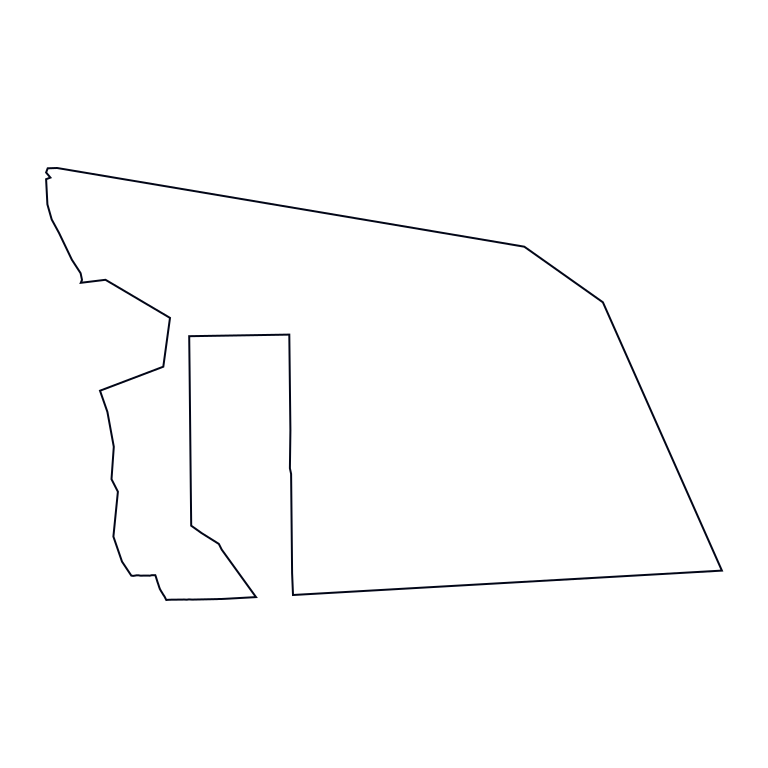 Zemam Out, Ash Sharqiyah, Egypt
{"feature_id": "37247803B42023857067519", "entity_name": "Zemam Out", "entity_type": "district", "adm_level": 2, "iso_a3": "EGY", "parent_name": "Egypt", "parent_adm1": "Ash Sharqiyah", "projection": "equal_earth", "projection_center": [31.428, 30.239], "detail": "fine", "context": "isolated", "style": "outline", "palette": "ink", "viewbox_px": 768, "rotation_deg": 0, "n_neighbors": 0, "source": "geoboundaries", "source_scale": "gbopen_adm2", "svg_char_len": 1327}
<svg xmlns="http://www.w3.org/2000/svg" viewBox="0 0 768 768"><path d="M293.0,595.0L721.9,570.6L602.9,302.3L524.3,246.7L436.1,231.8L57.1,168.0L47.7,168.3L46.1,172.5L50.4,177.6L46.1,179.2L47.4,204.4L51.7,219.5L59.0,232.9L71.9,259.8L80.6,273.2L82.0,279.9L80.8,282.8L105.5,279.8L170.0,317.9L163.3,366.7L100.0,390.7L107.4,411.9L113.8,446.8L111.5,479.2L117.9,491.7L113.4,536.6L122.0,561.6L131.1,575.3L131.3,575.6L133.1,575.9L134.5,575.7L136.2,575.4L136.5,575.3L138.7,575.3L139.0,575.4L139.9,575.6L141.1,575.7L143.4,575.6L146.5,575.6L148.5,575.6L149.7,575.7L151.8,575.2L153.8,575.2L154.5,575.2L155.3,575.2L155.9,576.8L156.2,577.8L157.3,581.4L157.8,582.9L158.3,584.3L158.8,585.9L159.4,587.7L159.7,588.4L159.8,588.9L160.1,589.3L160.4,589.9L160.9,590.8L161.7,592.1L162.4,593.2L163.2,594.6L164.0,595.7L165.0,597.4L165.5,598.5L166.3,600.0L167.2,599.9L168.1,599.8L168.3,599.8L171.1,599.7L172.7,599.7L173.9,599.7L175.8,599.7L178.0,599.6L180.1,599.6L182.4,599.6L183.8,599.5L186.7,599.7L188.9,599.4L192.1,599.6L217.4,599.1L218.8,599.0L220.2,599.0L221.5,599.0L227.3,598.7L256.0,597.1L221.7,549.6L219.5,545.2L219.2,544.6L219.1,544.4L218.8,543.9L201.6,533.1L191.2,525.7L191.1,516.4L190.8,489.7L189.6,371.4L189.2,336.2L289.3,334.6L290.4,430.4L289.9,468.3L291.1,473.9L292.1,573.2L293.0,595.0Z" fill="none" stroke="#020617" stroke-width="2"/></svg>